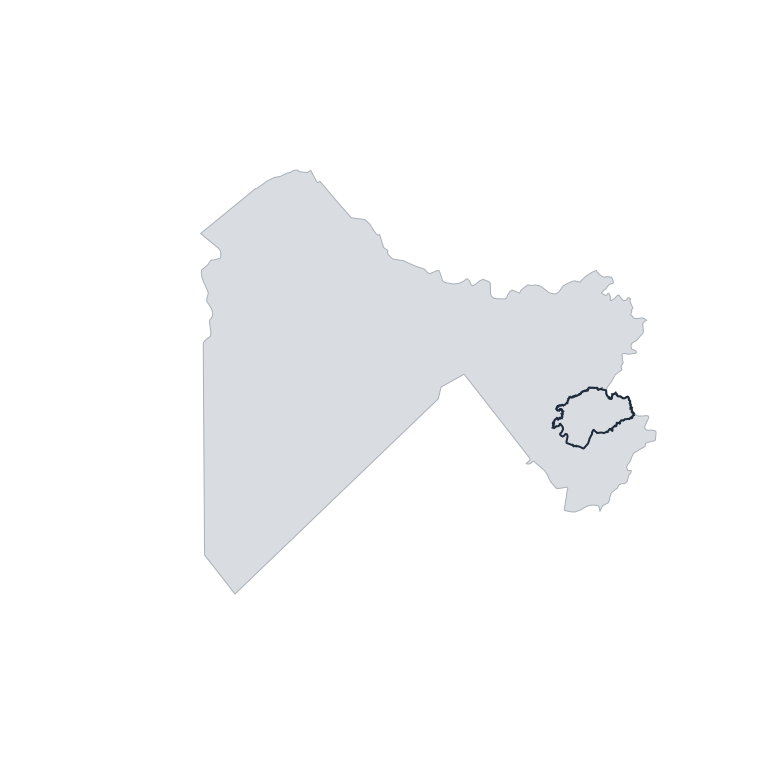 location of Kita, Kayes, Mali, rotated 232°
{"feature_id": "8926073B18522946307375", "entity_name": "Kita", "entity_type": "district", "adm_level": 2, "iso_a3": "MLI", "parent_name": "Mali", "parent_adm1": "Kayes", "projection": "natural_earth1", "projection_center": [-9.401, 13.202], "detail": "fine", "context": "in_parent", "style": "outline", "palette": "slate", "viewbox_px": 768, "rotation_deg": 232, "n_neighbors": 0, "source": "geoboundaries", "source_scale": "gbopen_adm2", "svg_char_len": 9636}
<svg xmlns="http://www.w3.org/2000/svg" viewBox="0 0 768 768"><g transform="rotate(232 384 384)"><path d="M175.9,555.7L176.1,553.3L174.2,551.5L174.2,550.7L175.2,543.4L175.2,541.6L175.9,537.9L174.7,536.3L174.4,535.1L171.5,530.4L170.5,526.4L169.0,523.7L165.5,522.9L164.2,525.1L163.4,525.5L162.1,523.9L161.6,522.5L161.7,521.3L157.2,515.0L157.5,511.7L159.2,509.9L159.8,507.0L158.2,503.7L158.4,500.4L158.2,496.0L155.6,492.1L153.8,490.3L152.3,487.6L153.5,481.3L150.9,476.0L155.8,478.1L158.2,476.1L160.5,473.4L162.4,469.8L163.3,465.4L163.7,461.5L165.7,455.5L168.1,452.7L173.0,448.5L174.3,448.9L182.4,457.8L186.9,462.3L188.6,464.6L190.1,464.7L192.4,460.3L194.7,456.5L195.7,455.6L203.8,455.1L208.0,455.8L211.8,456.9L217.1,457.2L231.1,454.4L231.3,452.7L231.1,450.6L231.7,449.0L232.8,447.5L233.8,447.2L234.2,452.2L235.4,453.0L238.7,453.2L342.4,453.2L346.5,427.1L338.9,417.6L310.3,137.3L359.5,137.3L368.0,143.7L527.7,266.9L528.6,270.9L528.5,276.4L529.7,278.1L532.0,279.8L541.1,285.1L541.8,286.1L542.2,288.3L543.3,291.0L545.2,292.5L547.5,293.7L550.2,294.5L558.4,295.3L560.1,296.6L563.7,301.4L565.7,302.4L576.7,305.0L580.3,306.3L584.2,308.6L586.3,310.6L586.4,318.2L588.0,323.2L588.0,324.4L586.3,326.4L585.9,327.9L584.0,331.8L584.4,333.4L588.3,336.4L590.2,337.2L592.4,337.2L615.5,332.1L617.1,403.4L616.3,404.5L615.9,417.1L614.3,424.6L611.4,430.1L609.6,438.3L608.5,439.9L607.8,444.6L606.1,447.3L603.1,448.4L597.8,453.6L597.4,457.8L584.8,455.5L584.0,455.6L583.4,456.1L583.2,458.3L550.9,459.6L535.1,460.6L525.3,470.2L518.8,471.2L510.7,470.4L506.6,470.3L504.9,470.9L504.6,472.6L491.8,467.7L487.0,469.2L486.2,468.7L485.6,467.7L483.2,467.1L479.6,467.3L476.9,468.1L468.8,475.6L464.4,477.6L456.3,482.1L450.6,486.0L448.6,486.7L445.4,486.9L442.8,487.7L440.5,496.4L438.9,497.2L429.1,493.7L427.1,494.3L425.4,495.3L420.0,500.4L417.4,504.5L415.9,509.9L416.2,513.5L415.3,514.5L412.8,514.8L408.2,513.7L406.8,514.2L406.2,516.8L406.4,522.7L405.4,526.7L402.7,527.9L400.7,529.5L399.0,529.9L397.6,529.6L389.7,523.6L387.1,522.7L384.1,523.3L381.3,525.8L376.3,532.1L376.8,534.3L378.3,536.8L379.3,540.0L379.2,542.8L372.1,546.9L373.7,549.9L373.6,558.0L370.3,561.6L369.1,564.0L366.0,566.6L363.2,568.1L354.4,570.2L350.9,572.8L349.3,574.9L348.9,577.1L349.2,579.7L351.0,585.0L350.4,589.8L349.0,595.5L347.7,598.0L343.6,600.9L344.2,604.6L344.6,609.9L344.0,616.7L342.7,621.3L341.8,620.9L337.9,621.1L333.6,622.5L332.1,623.7L331.8,625.3L328.2,629.0L325.9,628.7L323.6,627.7L322.4,626.8L322.3,626.2L323.7,623.2L323.7,622.2L322.3,616.9L322.6,615.6L322.0,611.6L321.7,611.4L317.0,613.2L316.8,613.9L317.6,616.5L317.1,616.9L315.4,616.8L313.1,616.0L310.5,613.7L309.9,614.4L309.6,616.3L309.5,618.5L310.1,622.4L309.4,623.9L305.5,623.6L302.1,624.1L301.3,625.5L301.0,627.1L301.8,628.8L301.6,629.6L300.2,630.7L299.6,630.6L297.7,628.7L290.4,626.8L289.8,624.2L288.9,624.1L286.5,620.9L285.6,621.0L284.7,621.5L281.9,621.3L279.4,624.1L277.6,627.6L275.6,629.3L272.5,630.0L273.0,627.8L272.1,624.8L265.7,620.9L264.7,619.3L263.0,610.6L263.1,608.0L263.5,605.7L263.3,604.0L262.6,602.6L260.7,601.3L258.7,600.7L256.2,602.4L255.0,602.7L253.9,602.6L253.3,602.0L253.4,601.1L256.1,596.4L257.4,594.5L260.1,592.2L260.8,591.0L260.9,590.1L260.6,589.5L258.8,588.6L256.0,586.5L254.6,586.2L253.3,585.2L252.0,581.8L251.4,581.2L250.0,580.8L248.8,580.0L248.9,571.7L246.2,565.6L243.8,557.7L242.6,555.8L240.4,554.2L237.7,553.1L235.3,552.9L232.5,553.7L232.6,554.5L234.1,557.0L234.4,558.4L234.1,559.8L233.6,560.7L230.0,561.6L225.1,564.4L223.5,567.7L222.4,568.2L220.5,567.7L207.6,562.1L202.1,564.6L198.6,569.5L197.8,571.1L196.1,572.5L195.2,572.5L194.3,571.6L190.5,564.1L188.9,562.4L186.8,562.3L185.1,563.5L183.3,566.0L181.0,568.3L179.6,569.0L178.3,568.6L173.0,563.6L172.7,562.6L175.1,556.6L175.9,555.7Z" fill="#d9dde1" stroke="#a8b0b8" stroke-width="1"/><path d="M208.1,541.4L208.6,541.6L208.9,542.1L208.9,542.3L208.7,542.4L208.9,542.8L209.2,543.0L210.0,543.2L210.1,543.4L210.0,543.8L209.3,544.0L209.1,544.6L208.6,545.2L207.7,545.3L207.7,545.8L207.8,546.0L208.6,545.9L209.0,546.4L209.0,546.8L208.9,547.3L209.3,548.6L208.7,549.4L208.1,549.7L208.3,550.0L208.1,550.6L207.8,550.9L207.9,551.3L207.8,551.5L208.0,552.2L207.2,553.0L206.5,554.6L205.9,555.1L205.7,555.6L205.3,555.9L205.7,557.3L205.5,557.9L204.8,557.9L204.6,558.1L204.5,558.3L204.5,558.8L204.8,559.2L204.9,559.3L205.4,558.9L205.6,559.0L205.6,560.4L205.9,560.6L205.7,561.0L205.8,561.5L205.6,561.8L206.2,562.1L206.3,561.8L206.5,562.0L206.8,562.9L207.2,562.8L207.3,562.2L207.7,562.2L207.8,562.4L208.0,562.2L208.3,562.1L208.2,562.5L208.4,562.7L209.0,562.4L209.3,562.6L209.9,562.5L210.0,563.0L210.3,563.1L210.5,563.0L210.9,563.4L211.4,563.5L211.7,563.3L212.1,563.5L212.5,563.4L212.8,563.2L213.0,563.5L212.7,563.6L212.6,564.3L213.1,564.3L213.1,564.5L213.4,564.3L213.4,564.7L213.6,564.7L213.6,564.2L213.8,564.5L214.1,564.4L214.7,565.0L215.0,564.9L215.4,565.0L215.7,565.5L215.8,565.4L216.0,565.8L216.5,565.9L216.6,565.7L217.1,566.1L217.8,565.9L218.1,566.8L218.3,566.9L218.5,567.2L219.0,567.5L219.6,567.3L220.3,567.5L220.6,567.2L221.3,567.6L221.3,567.9L221.6,568.1L222.2,568.1L222.6,568.3L223.5,568.5L224.0,568.3L224.2,568.1L224.1,567.2L224.4,567.1L224.6,566.5L224.5,565.2L224.8,564.5L225.0,564.4L225.4,563.8L225.6,563.8L225.7,563.5L226.3,563.5L226.4,563.3L226.6,563.3L227.5,562.8L227.9,563.0L228.6,562.9L228.8,562.3L229.7,561.7L230.0,560.9L230.3,560.7L230.8,560.8L231.0,560.7L231.3,560.9L231.8,560.6L232.2,560.6L232.4,560.9L232.6,560.7L233.2,561.1L233.6,560.9L233.6,561.0L234.1,561.1L233.9,560.7L234.1,560.2L234.3,560.4L234.6,560.0L234.6,558.7L234.9,558.5L235.1,558.0L234.9,557.9L234.9,557.6L235.3,557.3L235.1,557.2L234.6,557.0L234.1,556.7L234.1,556.1L233.9,555.9L233.7,555.8L233.6,555.4L233.3,555.4L232.9,555.1L232.9,554.4L232.7,554.3L232.4,554.5L232.2,554.1L232.3,553.7L232.8,553.4L233.3,553.3L233.3,552.9L233.5,552.6L234.1,552.8L234.3,553.3L234.5,553.3L234.6,552.8L234.8,552.5L235.7,553.1L236.0,552.7L236.6,552.5L237.7,552.8L239.3,553.0L240.0,553.4L240.2,553.8L240.6,553.9L241.4,554.7L242.5,555.0L245.2,552.6L246.4,551.7L246.6,552.1L247.2,550.4L247.4,549.3L248.0,549.0L248.3,549.0L248.9,549.2L249.1,549.7L249.8,549.6L249.9,549.3L250.4,548.9L250.9,548.0L251.2,547.8L251.2,547.3L252.0,546.6L252.6,546.4L252.7,545.8L253.2,545.4L253.4,544.8L253.7,544.8L253.9,544.4L254.1,544.4L254.7,543.7L254.7,543.2L255.0,542.9L254.6,542.1L254.3,542.2L254.2,542.0L254.1,541.6L253.8,541.2L253.9,540.9L253.5,540.6L253.8,540.3L253.8,540.1L254.5,539.9L254.4,539.4L254.2,539.3L254.1,539.0L254.2,538.5L254.7,538.2L255.0,538.3L255.3,537.9L255.2,537.2L255.4,536.8L255.7,536.5L255.5,536.3L255.8,535.8L255.6,535.3L255.9,534.7L255.7,534.6L255.4,533.4L255.2,533.3L255.2,532.7L255.4,532.7L255.3,532.4L255.4,532.0L255.8,532.0L255.9,531.7L255.8,531.1L255.5,530.8L255.7,530.6L255.9,529.9L255.8,529.4L256.0,529.1L256.0,528.6L256.4,528.4L256.3,528.2L257.0,527.8L256.8,527.3L257.2,527.1L257.3,526.6L257.1,526.7L256.8,526.2L257.5,525.6L257.5,525.1L257.3,524.8L257.5,524.7L257.9,524.9L257.9,524.2L257.7,524.0L257.6,523.8L258.3,523.0L258.6,522.9L258.7,523.1L259.3,522.9L259.3,522.5L259.1,522.3L259.0,522.5L259.0,521.8L259.3,521.7L258.9,521.2L259.0,520.9L258.9,520.5L258.6,520.3L258.8,519.9L257.8,519.2L257.6,518.9L257.6,518.5L257.5,518.1L256.4,517.3L256.2,517.0L256.7,516.9L256.5,515.8L256.5,515.3L256.4,515.0L256.3,514.3L256.3,513.6L256.6,512.9L256.6,512.5L256.8,512.6L257.3,511.7L257.6,511.7L257.7,511.4L258.0,511.4L258.0,510.1L258.5,509.9L258.4,509.6L258.6,509.3L259.0,509.4L259.0,508.9L259.2,509.0L259.4,508.6L259.0,507.5L259.7,507.5L259.8,507.3L259.6,507.0L259.0,506.6L259.3,506.0L258.7,505.1L258.6,504.6L258.5,504.4L258.2,504.4L257.7,504.8L257.0,504.2L256.4,504.3L256.0,504.9L255.4,505.3L255.8,505.6L255.9,506.0L255.7,506.4L255.1,506.9L255.0,507.4L255.4,507.4L255.7,507.2L255.9,507.4L255.5,507.7L255.5,507.9L255.1,508.3L254.2,508.5L253.5,507.6L253.3,507.6L253.2,507.9L252.6,508.2L252.4,508.0L252.2,508.1L252.2,507.9L251.8,507.2L251.3,507.2L251.1,506.9L251.2,506.5L250.9,506.2L251.1,505.6L250.9,505.6L250.9,505.8L250.6,506.1L250.2,506.2L250.2,505.9L249.8,505.3L249.8,505.0L249.7,504.9L249.5,505.1L249.0,504.8L248.8,504.6L248.7,504.0L248.3,504.0L248.4,504.3L248.1,504.1L247.8,503.7L247.8,503.3L247.6,503.0L248.1,502.8L248.5,502.3L248.2,502.0L248.2,501.8L248.4,501.8L248.8,501.4L249.0,501.4L248.8,500.7L248.7,499.2L248.9,499.1L249.7,499.3L250.3,499.8L250.9,499.4L250.5,498.0L250.7,497.2L250.7,496.3L250.6,496.1L250.3,496.1L250.0,495.8L250.0,495.5L249.5,494.8L249.6,494.2L248.9,494.0L249.0,493.7L249.4,493.2L249.0,492.8L248.2,493.1L248.1,492.4L247.9,492.3L247.8,492.5L247.2,492.6L247.2,491.6L246.6,491.4L246.1,491.4L245.8,491.1L245.7,490.1L244.6,490.8L244.5,491.0L244.7,491.7L244.4,492.5L244.7,493.3L244.6,493.8L243.8,494.7L243.3,496.6L244.3,497.8L244.1,498.4L240.5,498.4L239.3,498.0L238.1,497.2L236.9,495.0L236.5,493.8L236.5,492.7L236.0,491.7L234.6,491.7L232.7,492.4L232.4,493.3L232.4,494.4L232.8,495.6L232.8,496.4L231.9,497.1L230.6,496.9L229.2,495.9L226.0,492.0L225.0,491.7L220.5,494.4L220.0,495.3L219.5,495.4L219.1,495.0L218.2,495.0L218.0,495.8L217.3,496.8L216.8,496.9L216.8,497.3L216.4,497.2L215.8,498.1L215.7,498.5L215.1,498.9L212.9,500.2L210.6,501.2L210.3,502.1L211.5,508.3L212.5,509.6L213.4,511.2L214.4,512.2L215.2,514.2L215.9,515.4L216.4,517.1L217.8,518.1L217.9,518.7L218.7,519.9L218.6,520.3L218.8,520.6L218.7,521.0L215.8,521.5L214.5,521.9L214.1,521.8L212.6,524.4L211.1,526.3L210.2,526.7L209.7,527.7L209.4,530.0L208.7,530.2L208.4,530.7L208.9,531.5L209.3,532.8L209.6,534.3L209.1,534.7L207.2,534.8L206.6,535.0L206.6,535.4L207.5,536.0L208.1,535.9L208.7,536.1L208.8,538.8L209.0,540.4L208.9,540.6L208.9,540.2L208.3,540.2L207.9,540.9L208.1,541.2L208.1,541.4Z" fill="none" stroke="#1e293b" stroke-width="2"/></g></svg>